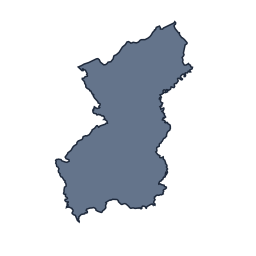 the district of Shwebo, Sagaing, Myanmar, rotated 247°
{"feature_id": "60261553B74508542584232", "entity_name": "Shwebo", "entity_type": "district", "adm_level": 2, "iso_a3": "MMR", "parent_name": "Myanmar", "parent_adm1": "Sagaing", "projection": "natural_earth1", "projection_center": [95.37, 22.738], "detail": "fine", "context": "isolated", "style": "filled", "palette": "slate", "viewbox_px": 256, "rotation_deg": 247, "n_neighbors": 0, "source": "geoboundaries", "source_scale": "gbopen_adm2", "svg_char_len": 5849}
<svg xmlns="http://www.w3.org/2000/svg" viewBox="0 0 256 256"><g transform="rotate(247 128 128)"><path d="M203.6,106.0L198.7,108.1L198.4,109.1L200.0,109.4L199.6,110.0L199.1,110.0L197.8,111.4L193.9,111.7L193.5,110.9L192.4,111.2L191.5,110.8L192.0,108.6L191.3,107.5L191.2,106.4L191.6,105.3L190.8,104.9L187.7,106.0L186.0,105.6L184.1,105.9L182.2,105.2L180.4,105.9L178.7,107.3L178.2,107.5L177.3,107.3L176.6,108.2L173.2,108.4L172.9,108.9L171.9,108.7L171.8,109.2L170.8,108.6L168.7,108.9L164.1,110.5L162.7,110.3L161.3,111.7L160.8,111.7L160.1,111.3L159.3,109.6L158.9,109.5L157.9,110.0L157.7,109.7L158.0,107.1L160.7,105.3L160.3,104.9L159.5,105.1L159.6,104.7L159.0,103.7L158.2,103.6L158.3,102.8L157.7,102.8L157.7,102.4L156.3,102.0L154.9,102.3L153.5,104.3L152.1,104.5L152.0,106.2L151.2,107.0L151.2,107.6L149.4,108.5L149.3,109.2L148.7,109.6L148.7,110.1L147.4,110.5L146.3,110.0L145.5,110.3L145.2,109.2L144.8,110.0L143.0,111.2L142.1,111.3L140.5,110.9L140.9,110.3L140.9,109.5L140.4,108.8L140.8,103.2L140.2,101.3L142.1,100.7L142.3,99.9L140.8,97.1L140.3,94.2L139.5,93.7L137.0,89.8L136.8,87.0L137.4,86.1L137.6,83.4L135.8,81.9L135.4,81.1L135.5,77.1L134.7,75.4L133.4,74.7L133.0,74.0L132.7,71.5L132.2,70.2L129.6,66.7L128.7,63.0L127.8,62.2L125.8,58.8L123.9,59.0L121.9,61.2L120.4,60.9L120.2,58.4L121.1,57.0L123.6,54.3L125.1,54.0L126.6,51.6L126.5,50.9L126.9,50.3L126.9,49.6L126.4,48.7L125.0,48.7L123.9,47.7L122.6,47.9L120.5,47.4L119.5,48.2L117.4,48.5L116.0,47.2L114.4,46.8L112.4,47.6L111.6,47.0L109.3,47.2L108.4,48.2L104.9,48.7L103.9,49.4L102.7,48.7L101.5,49.1L99.7,48.8L98.7,48.3L98.3,46.4L96.0,44.9L94.3,44.2L93.0,43.1L92.0,43.3L91.3,44.6L90.7,44.1L89.2,43.7L87.7,44.8L86.9,44.8L86.5,43.7L86.9,42.4L86.3,41.8L85.8,41.6L84.3,42.2L83.3,44.1L82.9,43.9L82.8,43.0L82.2,42.8L82.0,42.3L81.4,42.1L80.9,42.9L80.3,42.7L80.0,42.2L80.0,41.0L78.9,40.3L79.0,40.9L78.4,42.1L78.4,42.7L75.8,45.0L75.1,44.9L74.2,45.3L73.0,45.0L71.8,43.4L71.1,43.2L69.4,44.1L68.1,45.4L62.7,45.3L60.6,46.3L61.2,46.7L62.4,46.6L64.1,47.0L64.2,47.6L65.4,48.0L66.7,51.2L65.9,54.6L66.7,55.6L66.0,56.4L66.0,57.5L67.2,58.0L68.5,57.3L69.4,58.3L69.2,61.6L68.5,63.6L68.3,65.1L67.4,66.1L66.0,66.7L64.8,66.4L63.0,67.8L60.7,70.4L60.7,71.2L61.7,72.4L62.1,74.3L63.2,76.4L65.5,77.1L67.1,78.8L68.1,78.5L68.7,82.1L68.7,83.1L68.3,83.9L68.5,84.4L68.2,84.8L68.4,85.9L66.5,89.9L65.0,90.7L63.9,90.4L60.6,91.8L60.0,92.5L59.9,94.8L59.5,95.8L58.6,96.6L55.3,98.2L54.3,98.3L53.0,99.2L52.5,101.5L51.2,103.1L50.2,106.6L49.8,106.8L49.9,108.0L48.5,108.4L48.6,109.3L49.6,109.7L50.4,110.7L50.1,111.6L49.2,112.9L48.5,113.2L47.5,113.1L47.0,113.6L48.0,114.3L48.3,115.2L48.8,119.2L48.5,120.7L47.2,121.0L47.4,121.2L47.3,121.6L46.4,122.6L47.4,123.2L48.8,122.5L49.5,122.6L50.4,123.2L51.4,124.9L52.8,124.7L54.2,125.5L54.0,126.1L54.8,127.5L54.8,128.7L54.0,130.0L53.9,132.3L53.4,132.8L53.6,134.7L54.5,134.7L55.8,136.1L56.9,136.1L57.3,137.0L57.3,138.7L57.8,139.9L58.6,140.2L60.0,138.7L61.2,138.9L63.0,136.4L63.6,136.3L64.1,135.6L64.2,134.4L64.8,134.5L66.4,136.2L66.4,138.1L67.1,138.7L67.0,139.8L68.8,141.5L68.4,142.7L68.7,143.3L70.1,143.7L70.0,145.1L70.3,145.3L71.5,144.7L72.5,145.5L72.2,145.9L71.2,145.9L71.1,146.3L71.9,147.1L74.3,147.2L74.8,148.4L77.1,148.1L77.5,148.9L77.9,149.1L79.0,149.2L80.8,148.7L81.2,149.0L84.0,149.2L85.7,148.3L86.2,148.7L87.7,149.1L87.6,146.9L88.4,145.8L88.8,146.1L89.7,146.0L90.1,146.5L92.0,145.0L95.1,144.2L95.6,145.7L98.1,146.4L98.8,146.9L99.0,148.0L98.9,149.5L101.1,150.7L101.4,151.2L101.3,152.6L102.3,153.4L102.4,154.2L104.4,156.7L104.4,158.0L105.5,160.4L106.6,160.7L108.7,162.5L109.4,164.0L109.7,165.6L111.4,167.1L112.1,167.1L113.1,167.7L114.5,167.8L116.6,166.3L117.3,166.1L117.5,166.4L117.9,166.2L118.2,164.4L118.7,164.1L119.2,164.8L120.5,164.6L122.1,162.8L122.6,163.3L122.8,164.1L123.1,164.1L123.1,164.5L123.7,164.7L123.6,165.1L123.0,165.3L123.4,166.9L126.0,166.5L126.8,167.1L127.7,166.4L128.6,166.7L129.8,165.7L130.2,165.7L130.2,167.2L131.6,168.6L132.5,168.7L132.5,165.5L134.1,165.9L135.2,165.7L135.2,166.3L134.9,166.7L135.6,167.0L135.7,167.4L135.4,167.7L136.1,168.0L136.1,168.5L136.8,168.7L137.0,169.4L137.5,169.7L138.8,168.5L139.9,168.4L140.9,168.7L142.0,168.5L141.8,169.5L142.4,169.8L142.6,169.6L142.3,168.7L142.6,168.2L143.4,168.9L143.0,169.4L143.3,170.7L146.0,170.4L145.8,172.6L146.3,173.3L146.2,174.0L148.6,174.9L149.1,175.7L149.0,176.3L148.0,176.9L147.4,176.8L146.3,175.6L145.9,176.4L145.9,178.6L147.3,179.1L148.0,178.2L148.3,178.3L148.1,178.9L146.7,180.3L147.1,180.8L147.0,181.9L147.4,182.6L149.0,183.8L147.5,185.5L147.3,186.3L148.0,187.2L149.3,187.4L150.4,187.9L150.4,189.3L150.1,190.0L151.7,192.6L153.9,192.8L154.2,193.3L153.9,194.2L153.2,195.0L152.4,195.1L151.3,196.2L151.4,197.0L151.9,197.3L154.2,196.1L155.2,196.8L156.1,199.0L156.1,199.8L155.4,200.7L154.6,200.3L153.9,200.3L153.4,199.8L153.0,200.4L153.3,201.1L154.2,201.7L155.9,201.8L156.3,202.3L155.5,204.3L156.7,205.7L155.4,206.7L155.2,207.6L156.8,207.4L157.3,207.7L157.4,210.1L158.7,211.1L159.8,209.7L161.4,210.0L162.8,208.9L163.7,208.9L163.3,206.3L163.6,205.0L164.1,204.4L167.5,204.0L169.1,205.2L171.8,205.4L172.7,207.3L173.5,208.2L175.4,208.3L182.1,213.0L182.6,215.3L183.5,215.7L187.4,214.5L189.9,213.2L190.2,212.7L193.9,211.9L195.6,212.5L195.8,211.7L201.1,210.2L203.4,210.2L204.6,210.7L205.0,212.2L206.1,213.0L207.6,212.6L206.9,211.6L206.7,210.7L206.2,199.7L205.5,198.5L206.4,196.5L207.6,197.0L209.5,196.8L209.6,193.4L207.9,191.8L207.9,190.8L207.5,190.7L206.3,188.0L204.7,186.0L203.5,183.9L202.9,181.4L202.7,178.2L204.1,174.8L204.1,173.6L203.0,171.2L203.1,168.9L204.9,166.2L204.8,164.8L205.1,163.6L205.8,163.4L207.3,162.3L207.6,160.7L205.8,158.2L204.7,154.5L201.1,149.3L200.0,145.8L200.0,143.5L199.7,143.0L197.4,141.3L195.7,138.1L196.4,135.4L195.5,133.9L195.1,132.2L195.6,130.4L199.4,128.3L202.1,128.2L203.6,127.4L203.8,126.8L204.0,125.8L203.6,117.3L204.0,112.6L203.6,109.5L203.6,106.0Z" fill="#64748b" stroke="#1e293b" stroke-width="1.5"/></g></svg>